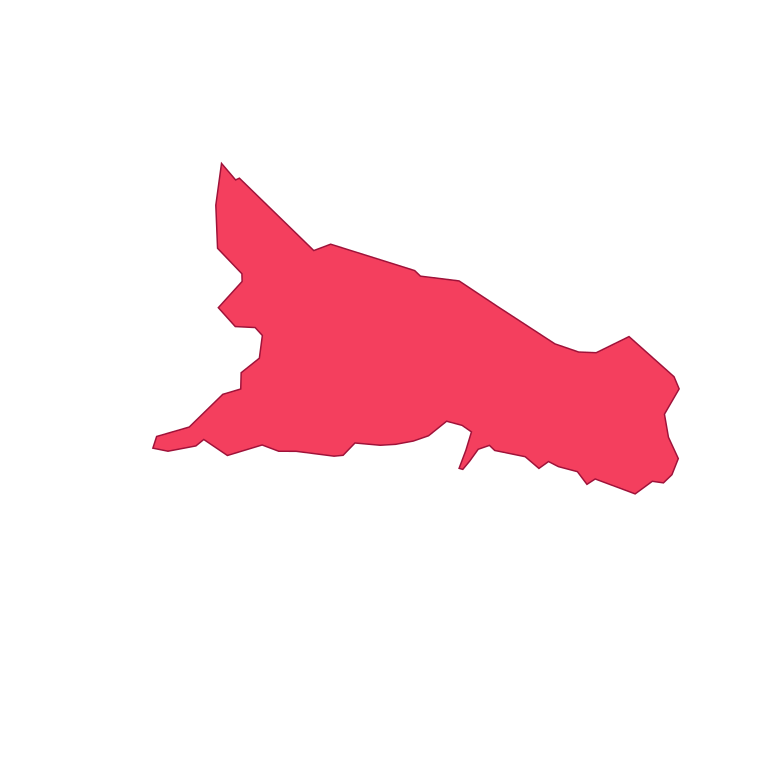 Tillabéri, Tillabéri, Niger, rotated 314°
{"feature_id": "23599985B45975933186230", "entity_name": "Tillabéri", "entity_type": "district", "adm_level": 2, "iso_a3": "NER", "parent_name": "Niger", "parent_adm1": "Tillabéri", "projection": "mercator", "projection_center": [1.394, 14.379], "detail": "fine", "context": "isolated", "style": "filled", "palette": "rose", "viewbox_px": 768, "rotation_deg": 314, "n_neighbors": 0, "source": "geoboundaries", "source_scale": "gbopen_adm2", "svg_char_len": 999}
<svg xmlns="http://www.w3.org/2000/svg" viewBox="0 0 768 768"><g transform="rotate(314 384 384)"><path d="M177.3,262.3L185.6,275.3L208.8,291.7L218.9,292.9L223.8,321.0L255.5,338.7L262.5,355.0L274.5,367.5L297.4,398.2L304.3,404.1L321.4,404.1L337.3,423.8L348.6,434.2L363.3,444.7L377.7,452.0L400.7,454.9L408.5,468.9L410.3,480.2L393.3,488.9L375.5,496.6L377.3,500.0L388.0,499.2L402.5,497.1L413.1,502.5L413.1,509.8L429.8,536.1L430.9,554.1L442.5,556.2L445.7,566.8L455.3,584.0L452.8,599.7L462.4,601.9L479.4,641.0L500.4,644.6L507.0,653.7L518.8,654.1L534.8,647.5L543.3,625.6L557.1,606.7L585.5,599.7L590.7,587.6L588.3,527.3L553.9,514.9L542.2,501.8L531.6,479.1L518.4,410.7L510.3,366.4L486.9,335.3L486.9,327.3L447.5,248.5L431.2,240.8L431.6,137.0L427.7,135.5L429.8,113.9L395.8,138.8L366.0,170.0L364.6,205.2L359.2,210.7L323.8,211.8L322.0,237.1L335.1,252.1L334.4,262.8L316.0,276.4L292.9,273.4L280.9,284.4L264.6,275.2L217.8,273.8L188.3,256.9L177.3,262.3Z" fill="#f43f5e" stroke="#9f1239" stroke-width="1.5"/></g></svg>